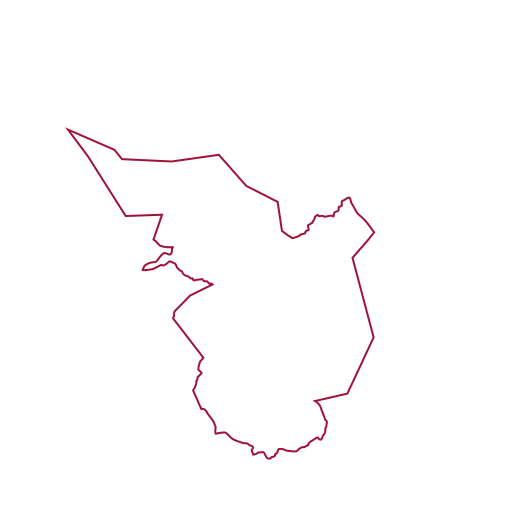 outline of Corquin, Copán, Honduras, rotated 245°
{"feature_id": "27666195B19048967289825", "entity_name": "Corquin", "entity_type": "district", "adm_level": 2, "iso_a3": "HND", "parent_name": "Honduras", "parent_adm1": "Copán", "projection": "albers", "projection_center": [-88.867, 14.553], "detail": "fine", "context": "isolated", "style": "outline", "palette": "rose", "viewbox_px": 512, "rotation_deg": 245, "n_neighbors": 0, "source": "geoboundaries", "source_scale": "gbopen_adm2", "svg_char_len": 5997}
<svg xmlns="http://www.w3.org/2000/svg" viewBox="0 0 512 512"><g transform="rotate(245 256 256)"><path d="M223.4,364.8L227.5,373.0L236.0,371.4L238.3,370.9L240.6,370.3L242.8,369.6L245.4,368.7L248.1,367.5L250.8,366.3L251.5,366.0L252.4,365.8L264.5,364.9L268.4,365.7L268.9,365.6L269.4,365.3L269.6,365.0L269.7,364.7L269.9,363.3L269.4,359.1L269.4,357.6L269.3,356.9L268.6,356.4L267.7,356.0L266.8,355.8L266.3,355.6L265.8,355.3L265.4,354.9L265.3,354.6L265.3,353.8L265.3,353.1L265.5,352.2L265.4,351.8L265.0,351.4L264.5,351.1L264.1,350.9L263.6,350.8L263.2,350.7L262.7,350.1L262.3,349.3L262.2,348.7L262.2,347.9L262.3,347.0L262.5,346.4L262.5,346.2L262.4,345.9L262.1,345.4L261.6,344.7L259.5,343.3L259.3,343.1L259.2,342.9L259.2,342.7L259.4,342.5L260.1,342.1L260.5,341.6L261.1,340.4L262.4,335.3L262.5,334.9L262.9,334.5L263.8,333.8L264.3,333.1L264.8,332.1L265.0,331.0L265.2,330.5L265.3,330.2L265.6,329.9L266.0,329.7L266.5,329.5L267.1,329.3L267.2,329.2L267.1,328.6L266.9,326.9L266.8,326.5L266.7,326.1L266.5,325.9L265.5,325.2L264.3,324.0L263.8,323.4L263.6,322.6L263.4,322.1L263.1,321.8L262.5,321.4L262.2,320.9L262.2,320.5L262.3,319.9L261.9,317.7L262.0,316.7L261.9,316.3L261.7,316.0L261.2,315.8L259.5,315.4L258.1,315.1L257.5,314.8L257.4,314.7L257.3,314.4L257.4,313.1L257.6,312.2L257.5,311.8L257.3,311.5L256.9,311.0L256.6,310.7L256.1,310.5L255.9,310.2L255.9,309.6L256.6,305.6L256.5,304.8L256.1,304.3L256.0,304.0L256.1,302.6L256.0,301.0L256.5,298.4L256.5,297.5L256.6,297.0L256.9,296.6L257.4,296.1L259.1,295.1L260.3,294.2L267.7,290.1L295.9,298.5L323.6,276.8L363.4,265.1L377.3,219.5L400.4,175.5L412.0,172.6L450.0,139.0L417.5,145.8L347.3,154.8L333.1,188.3L314.2,170.0L313.2,170.5L312.0,171.4L310.9,171.7L309.2,172.1L307.7,172.7L306.7,173.0L306.2,173.3L305.6,173.7L304.5,174.9L303.4,176.3L302.1,178.1L301.7,178.8L300.9,180.6L299.8,182.6L299.7,183.1L299.6,183.9L299.5,184.1L299.3,184.2L299.1,184.3L298.8,184.2L298.5,183.4L298.1,183.0L295.2,181.4L294.7,181.0L294.1,180.2L293.8,179.6L293.6,179.2L293.7,178.7L294.0,178.1L294.4,177.5L296.1,176.0L297.1,174.7L297.5,174.0L297.5,173.3L297.2,171.8L296.5,169.9L293.9,165.0L293.4,163.9L293.1,163.0L293.1,162.4L293.2,161.8L294.1,159.3L294.7,156.6L294.7,153.9L294.6,152.6L294.4,151.4L294.1,150.7L293.3,149.7L291.7,147.7L291.3,147.3L291.2,147.3L290.8,147.9L290.0,149.7L287.9,156.1L287.8,156.9L287.7,158.0L287.7,159.1L287.9,162.7L288.0,164.6L288.0,166.0L287.9,166.4L287.8,166.6L287.2,167.0L286.9,167.3L286.6,168.2L286.5,168.9L286.5,169.9L286.8,171.9L287.1,172.9L287.4,174.0L287.6,174.7L287.5,175.5L287.4,175.9L287.2,176.2L283.8,179.1L283.3,179.4L282.5,179.6L281.8,179.7L281.1,179.7L279.8,179.5L279.0,179.6L278.1,179.8L276.7,180.3L275.4,180.9L274.2,181.6L273.9,181.8L273.5,182.3L273.3,182.4L271.2,182.4L270.1,182.7L269.3,183.0L268.6,183.4L268.0,183.9L266.8,185.3L265.7,186.3L265.3,186.5L264.8,186.8L264.0,186.8L263.5,187.2L263.1,187.6L262.9,187.8L262.8,188.2L262.7,188.7L262.5,189.0L262.2,189.1L261.7,189.0L261.2,189.0L260.6,189.1L260.2,189.4L260.0,189.5L260.0,189.8L259.4,192.4L259.0,193.7L258.4,195.2L258.3,195.9L258.1,196.7L257.9,197.3L257.5,197.6L256.5,197.7L256.0,197.9L255.5,198.2L254.5,199.3L254.2,199.9L253.9,200.6L253.7,200.9L253.4,201.1L252.3,201.4L250.7,202.1L250.3,202.5L250.0,203.1L249.9,203.4L249.9,203.8L249.8,204.0L249.2,204.4L248.6,204.6L248.0,179.6L240.3,159.0L239.5,158.1L237.2,156.8L236.4,156.3L235.4,155.4L234.9,154.8L234.4,154.5L186.1,165.3L185.4,164.2L185.0,163.2L184.6,162.3L184.1,161.0L184.0,160.8L181.2,158.1L178.1,156.0L177.6,155.8L177.1,155.9L176.6,156.0L173.4,157.3L173.2,157.3L173.0,157.2L172.6,156.8L172.4,155.9L171.4,153.7L171.3,153.2L171.2,152.4L170.9,152.0L170.0,151.2L169.1,150.8L168.9,150.6L167.5,148.8L167.4,148.7L166.9,148.7L166.1,148.3L163.9,146.3L163.2,145.4L162.4,144.5L161.5,143.2L160.7,142.2L143.0,141.8L142.7,141.9L142.3,142.0L142.0,141.9L141.4,141.6L140.8,141.6L140.6,141.8L140.0,143.0L139.3,144.0L139.0,144.3L138.5,144.6L137.4,145.1L136.4,145.4L134.7,145.4L132.9,145.7L124.6,147.5L119.8,147.3L118.6,147.2L117.9,147.0L117.1,146.6L114.6,145.1L112.9,144.5L112.0,144.4L111.8,144.6L111.7,145.7L111.0,148.4L110.3,150.6L109.5,152.6L109.2,153.2L108.9,153.6L108.0,154.2L106.5,154.9L104.4,155.7L102.4,156.3L101.4,156.8L100.2,157.4L99.0,158.2L97.6,159.4L96.4,160.5L95.7,161.2L94.8,162.3L93.7,163.3L92.3,164.9L91.2,166.3L90.9,166.7L90.6,167.7L90.3,168.2L90.0,168.6L88.9,169.4L87.5,170.0L86.3,171.2L85.0,172.3L84.7,172.4L84.1,172.5L83.8,172.5L83.4,172.3L82.8,171.6L81.9,170.1L81.4,169.7L78.9,169.8L77.2,169.5L76.8,170.6L76.6,172.3L76.6,173.1L76.7,173.5L77.0,174.2L77.0,174.8L75.5,178.9L75.1,179.7L74.7,180.0L74.0,180.2L73.1,180.3L71.8,180.2L71.0,180.3L69.5,180.4L68.6,180.6L67.8,181.1L67.2,181.6L66.8,182.2L66.6,182.8L66.5,183.4L66.6,183.9L66.7,184.2L67.0,184.8L67.1,185.1L67.1,185.7L66.8,186.5L66.7,187.0L66.8,187.8L66.9,188.5L67.3,189.1L67.5,189.3L68.0,189.4L68.3,189.7L68.4,190.2L68.3,190.7L68.3,191.0L68.4,191.3L68.7,191.9L69.3,192.7L70.3,193.4L70.8,193.9L71.3,194.7L71.4,195.1L71.3,195.6L71.0,196.3L69.8,198.5L69.4,198.9L66.7,201.4L66.0,202.5L64.8,204.6L63.8,206.0L62.6,208.3L62.2,209.2L62.0,209.8L62.0,210.4L62.1,211.0L62.3,211.6L62.7,212.6L63.0,213.6L63.1,214.7L63.2,215.9L63.2,216.8L63.1,217.5L62.9,218.0L62.4,218.6L62.3,219.0L62.4,219.9L62.7,221.6L62.6,222.0L62.3,222.6L62.3,222.9L62.4,223.2L62.6,223.4L63.2,223.7L63.5,224.0L64.1,225.1L64.6,226.6L64.9,227.8L65.0,229.5L65.2,230.9L65.6,234.3L65.6,234.7L65.5,235.0L65.3,235.3L65.0,235.5L64.6,235.6L64.1,235.6L63.6,235.7L63.1,236.0L62.6,236.4L62.4,236.6L62.3,237.0L62.2,237.3L62.2,237.6L62.5,238.2L63.1,239.0L63.6,239.6L64.5,240.3L64.9,240.7L65.2,241.1L65.4,241.9L65.6,242.4L66.2,243.2L67.1,244.1L67.9,244.7L68.6,245.3L69.0,245.4L69.9,245.6L70.3,245.9L70.8,246.3L71.3,247.2L71.8,247.7L73.1,248.5L74.7,249.6L75.2,249.9L75.9,250.1L76.5,250.2L76.9,250.2L77.3,250.1L78.1,249.6L78.4,249.5L78.8,249.5L81.2,249.9L88.7,250.3L91.2,250.7L92.2,250.7L93.0,250.7L94.6,250.4L97.1,249.6L98.2,249.1L99.6,248.2L92.7,280.7L132.5,328.2L213.6,342.7L223.4,364.8Z" fill="none" stroke="#9f1239" stroke-width="2"/></g></svg>